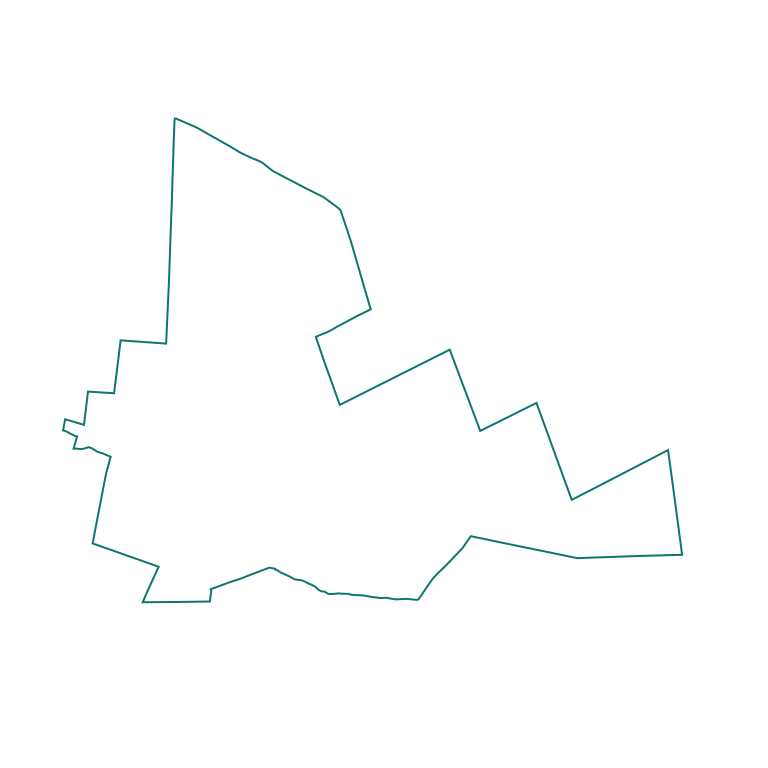 outline of Valea Marului, Galati, Romania, rotated 96°
{"feature_id": "2599482B22058723749755", "entity_name": "Valea Marului", "entity_type": "district", "adm_level": 2, "iso_a3": "ROU", "parent_name": "Romania", "parent_adm1": "Galati", "projection": "robinson", "projection_center": [27.684, 45.875], "detail": "fine", "context": "isolated", "style": "outline", "palette": "teal", "viewbox_px": 768, "rotation_deg": 96, "n_neighbors": 0, "source": "geoboundaries", "source_scale": "gbopen_adm2", "svg_char_len": 2536}
<svg xmlns="http://www.w3.org/2000/svg" viewBox="0 0 768 768"><g transform="rotate(96 384 384)"><path d="M579.9,472.7L580.2,471.5L580.5,470.3L581.3,468.9L582.1,467.6L583.7,462.7L585.3,457.8L587.6,452.5L587.8,445.8L587.9,445.1L588.4,443.2L589.0,441.5L589.6,440.0L590.6,437.3L591.1,435.4L591.7,433.8L593.1,430.5L594.8,428.6L595.4,427.8L595.8,426.9L596.7,424.9L596.7,421.5L598.6,417.2L598.5,415.4L598.2,412.8L597.0,407.2L597.0,404.8L596.4,396.8L597.0,395.1L596.9,390.7L596.7,387.3L596.4,383.0L597.1,373.6L597.2,364.6L596.4,360.1L597.0,350.0L596.6,347.4L595.3,338.9L595.3,329.5L595.3,329.1L594.9,327.7L594.1,326.9L579.9,319.3L572.6,315.2L569.1,312.6L565.7,310.0L558.5,303.8L548.6,296.2L539.0,288.8L538.3,288.4L535.6,286.9L534.8,286.5L526.3,281.8L527.8,266.4L529.2,252.9L537.0,173.4L534.9,159.0L534.2,154.1L532.6,142.2L530.9,130.3L528.2,111.1L523.5,75.8L522.7,69.7L504.7,74.0L456.4,85.7L420.0,94.6L435.3,117.8L457.9,152.1L479.6,185.2L386.9,230.4L394.5,242.4L420.6,283.4L366.2,310.6L343.0,322.2L356.6,343.5L383.5,385.4L409.4,425.8L392.3,434.0L367.3,446.1L344.8,456.5L344.2,456.7L341.3,451.5L338.7,446.5L338.3,445.7L336.6,443.1L331.7,436.3L318.7,417.1L311.1,405.0L295.4,411.5L262.1,425.1L251.2,429.5L247.9,430.9L245.8,431.8L245.0,432.1L243.9,432.6L242.8,433.1L236.9,435.7L233.9,437.1L215.7,445.4L213.6,448.2L204.6,463.4L197.9,481.3L189.0,503.8L186.5,510.1L186.1,510.9L183.8,516.9L177.2,527.1L175.3,531.4L173.2,538.9L169.5,549.4L168.4,552.3L165.2,558.9L158.0,575.4L155.1,582.1L154.3,584.0L148.5,597.1L143.0,614.7L141.7,619.0L141.9,619.8L145.4,619.8L167.2,618.3L198.5,616.0L200.4,615.9L218.7,614.5L220.1,614.4L226.8,613.9L235.2,613.4L245.4,612.7L286.9,609.8L305.9,608.5L366.6,604.9L367.1,620.1L368.1,650.5L396.3,651.0L419.9,651.5L421.4,651.5L422.5,677.6L456.0,678.1L452.4,697.4L463.7,698.3L464.3,695.3L465.8,691.6L468.0,685.7L468.3,683.7L480.7,686.0L480.5,683.9L480.4,682.8L480.4,681.6L480.5,679.2L480.5,678.5L480.2,677.1L480.1,676.8L479.1,674.5L478.3,672.4L477.7,671.1L478.6,667.6L481.4,661.9L481.8,659.6L482.5,656.2L484.4,650.2L484.9,648.3L490.9,649.2L501.2,650.9L514.1,652.1L527.1,653.2L552.3,655.4L573.0,657.1L589.3,589.0L608.0,595.3L614.4,597.4L626.3,601.2L626.0,598.7L624.3,583.7L622.6,568.6L621.2,557.0L620.6,551.8L619.9,546.1L619.0,538.4L618.5,534.4L614.0,534.4L609.1,534.1L607.1,534.3L606.1,534.9L605.8,534.1L597.4,517.0L597.3,516.8L593.6,508.4L592.8,506.6L592.7,506.4L587.0,495.5L586.9,495.2L580.9,483.4L580.8,483.2L578.6,478.8L578.8,476.9L579.0,474.7L579.1,473.0L579.9,472.7Z" fill="none" stroke="#0f766e" stroke-width="2"/></g></svg>